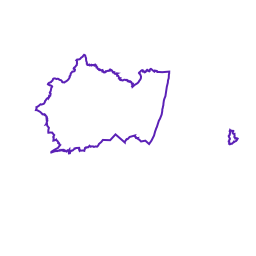 Montecristi, Manabi, Ecuador (Equal Earth projection), rotated 222°
{"feature_id": "8360857B99830619134812", "entity_name": "Montecristi", "entity_type": "district", "adm_level": 2, "iso_a3": "ECU", "parent_name": "Ecuador", "parent_adm1": "Manabi", "projection": "equal_earth", "projection_center": [-80.746, -1.129], "detail": "fine", "context": "isolated", "style": "outline", "palette": "violet", "viewbox_px": 256, "rotation_deg": 222, "n_neighbors": 0, "source": "geoboundaries", "source_scale": "gbopen_adm2", "svg_char_len": 5914}
<svg xmlns="http://www.w3.org/2000/svg" viewBox="0 0 256 256"><g transform="rotate(222 128 128)"><path d="M168.9,58.7L168.6,58.5L166.8,61.8L165.7,63.1L165.3,63.3L165.2,63.7L164.8,63.9L163.9,66.0L163.4,65.7L162.8,66.7L162.5,66.9L162.6,67.4L162.0,68.0L161.8,67.3L160.9,67.7L161.2,68.5L160.9,68.7L160.8,68.4L159.7,69.0L159.5,68.5L158.4,69.4L158.0,69.4L157.9,70.6L158.0,71.0L157.0,71.6L157.1,72.8L156.5,72.2L155.9,70.4L154.9,69.6L154.3,70.4L155.1,71.9L154.8,73.4L154.5,73.5L154.0,74.6L154.0,75.9L153.5,77.3L153.8,77.4L153.1,78.5L151.0,80.6L150.5,80.3L149.9,79.2L148.8,78.7L148.8,79.5L148.0,79.5L146.4,81.2L145.2,81.8L145.7,82.6L145.8,83.2L146.5,84.1L146.6,84.4L146.4,85.3L146.1,85.7L145.6,85.7L145.3,86.6L144.7,87.0L144.6,87.5L144.7,87.8L144.7,89.1L143.2,89.1L142.9,89.8L141.6,91.0L140.7,91.1L139.7,92.7L138.5,93.4L138.4,95.0L138.9,96.7L138.5,99.7L138.7,102.3L133.1,107.0L133.0,114.9L120.7,115.1L121.2,115.7L121.4,118.0L121.6,118.2L121.5,119.0L121.0,119.2L120.8,119.7L120.8,122.4L117.9,127.0L117.7,126.3L117.3,126.2L116.4,126.6L115.4,125.9L115.0,126.0L114.3,126.8L114.3,126.6L112.6,126.6L112.1,126.9L109.3,126.7L106.6,130.2L101.6,130.2L102.1,134.3L103.6,139.8L105.6,143.7L106.1,145.0L106.8,146.6L107.2,148.0L110.0,154.2L110.4,156.2L112.0,160.5L113.8,163.4L115.1,165.0L115.5,166.0L116.4,167.4L117.0,168.6L118.1,170.0L119.9,172.7L120.6,174.2L121.5,176.7L126.8,184.7L128.7,188.3L130.1,190.1L131.1,192.3L133.4,195.1L133.7,195.8L135.1,197.5L139.9,192.4L142.9,190.0L143.7,189.2L143.9,189.2L144.6,189.7L145.4,189.3L145.6,189.2L145.7,188.7L146.4,188.6L146.2,187.5L150.5,187.3L150.7,187.1L150.8,185.8L150.2,185.1L150.0,184.8L150.1,184.3L150.9,184.1L151.5,183.8L152.3,184.2L152.7,184.1L152.8,182.7L152.5,182.2L152.5,181.1L153.0,180.6L153.3,180.7L153.3,180.4L154.3,180.5L154.7,180.3L154.8,180.1L155.3,180.6L155.8,180.4L155.9,180.5L156.1,180.1L156.4,180.0L156.6,178.9L156.5,178.3L156.8,176.6L156.7,176.2L156.0,176.0L155.0,176.1L152.8,175.0L151.8,173.7L151.3,172.3L151.2,170.5L150.9,169.5L150.9,167.7L151.9,164.4L152.2,161.5L152.5,161.7L152.6,162.1L153.0,161.9L153.4,163.2L153.7,163.4L154.0,164.1L154.6,163.6L154.8,164.0L155.4,163.8L156.3,164.3L156.7,164.2L157.2,163.7L157.3,163.8L157.4,164.2L158.0,164.1L158.6,162.9L159.3,162.7L159.5,162.9L159.7,162.6L160.4,163.1L161.1,163.0L161.7,162.1L162.6,161.8L163.2,161.2L163.7,159.8L164.3,159.4L165.3,159.4L165.4,159.2L165.5,158.7L165.9,158.5L166.4,158.5L167.2,158.9L167.5,158.8L167.4,159.7L168.1,159.3L170.1,160.2L170.5,159.9L170.9,160.1L171.1,159.7L172.0,160.5L172.5,160.2L172.9,160.2L173.0,160.4L172.6,161.3L173.3,160.8L173.5,160.1L173.7,159.8L174.0,159.9L174.4,159.5L175.2,159.8L175.8,159.5L175.9,160.1L176.2,159.9L176.6,159.3L178.0,159.9L178.6,159.8L179.0,160.0L179.5,159.7L179.9,159.7L179.8,158.8L180.5,158.8L180.3,158.2L180.4,157.6L181.2,157.1L181.7,156.3L182.0,155.2L182.2,155.6L182.4,155.5L182.2,154.6L183.3,153.2L184.2,153.6L184.4,153.3L184.6,153.3L184.8,152.8L185.7,153.2L185.6,153.7L185.8,153.9L186.3,153.1L187.0,152.8L187.3,152.4L187.7,152.6L188.3,151.8L188.8,151.9L189.0,152.3L190.0,151.7L190.5,151.8L191.3,152.4L191.8,152.1L191.9,152.6L193.2,152.6L193.5,153.1L193.8,152.9L194.0,153.1L194.4,153.0L194.5,152.6L194.9,153.0L195.4,152.3L195.1,152.1L195.2,151.8L195.5,151.7L195.9,151.4L196.0,151.5L196.5,151.1L196.9,150.2L197.4,150.4L197.6,149.8L198.2,149.1L198.4,149.3L199.1,149.4L199.4,149.0L199.4,148.5L199.7,148.4L200.0,147.9L200.4,147.7L201.1,148.1L201.6,148.1L201.9,148.7L202.8,149.4L203.6,149.7L204.5,150.4L205.4,151.2L205.8,151.8L207.2,152.4L208.4,153.3L209.6,153.0L209.6,151.6L209.4,150.6L209.9,148.9L209.8,147.6L209.9,147.0L210.1,146.5L210.9,145.5L211.6,144.9L211.7,143.7L211.1,143.7L210.3,143.2L209.9,142.6L209.1,142.0L208.8,141.2L208.2,140.6L208.3,139.6L208.1,138.5L208.4,136.5L208.1,135.7L207.9,135.6L207.2,136.0L206.6,136.0L206.3,135.7L205.8,134.4L206.3,133.5L207.1,132.7L207.0,131.1L207.1,130.4L206.0,128.6L206.0,127.3L205.4,127.0L205.0,125.7L204.8,124.2L204.9,122.7L205.2,121.2L205.6,120.4L205.7,119.3L206.8,118.6L207.0,118.3L207.6,118.1L208.4,118.6L209.7,118.7L211.3,117.9L212.4,118.0L213.2,117.6L213.9,116.5L215.0,116.2L216.1,115.4L216.5,114.5L215.8,112.6L216.1,111.4L215.9,110.6L216.3,110.0L216.6,109.1L216.9,108.8L217.0,107.5L216.8,106.9L216.5,106.9L214.6,107.4L214.1,107.9L212.3,108.2L212.0,108.0L211.9,106.6L210.2,103.8L209.8,101.9L209.4,101.7L208.9,101.9L208.5,101.8L207.4,100.0L207.7,99.5L208.2,99.2L207.8,98.5L207.3,98.6L207.1,97.4L207.0,96.8L207.4,97.0L207.8,96.4L207.9,94.9L207.7,93.6L207.6,93.3L207.7,92.8L207.6,92.3L207.0,91.4L206.8,89.6L208.0,87.5L208.9,87.1L209.2,84.4L209.9,82.4L209.6,82.4L209.5,81.9L209.3,81.7L208.4,79.7L207.6,80.4L204.1,81.2L202.2,81.2L201.8,81.0L201.0,81.2L200.6,81.0L200.1,81.4L199.4,82.3L199.0,82.2L198.6,82.4L198.4,81.9L197.4,82.1L196.6,82.1L194.5,80.2L194.5,80.8L194.1,80.4L193.9,80.5L193.5,79.7L192.8,79.5L192.2,77.8L191.6,77.0L191.4,75.9L190.9,76.8L190.2,76.1L189.3,75.6L186.9,75.2L185.9,73.3L184.7,71.8L184.0,71.2L182.5,72.9L181.6,73.5L181.2,73.9L180.3,73.6L178.1,73.4L177.6,71.4L177.1,71.4L177.0,71.0L176.4,70.7L175.9,69.8L175.3,69.4L175.0,68.7L174.8,68.9L174.9,69.1L174.6,69.7L173.9,70.4L173.6,71.4L172.8,71.0L171.7,71.1L170.4,70.8L169.8,70.1L169.0,70.6L167.9,69.8L167.7,70.0L167.3,69.8L167.0,69.9L166.9,68.0L166.7,66.4L168.1,62.5L169.0,59.2L168.9,58.7ZM42.1,184.4L41.4,184.1L40.9,184.9L40.4,185.9L40.2,186.0L40.2,186.5L40.0,188.0L40.2,188.6L39.7,188.7L39.6,189.4L39.0,190.6L39.0,191.7L39.4,193.5L39.9,193.4L41.2,191.9L41.4,192.0L41.7,192.6L42.4,192.3L42.9,192.4L43.3,192.9L43.6,193.6L44.8,194.6L45.0,194.9L45.4,194.5L45.9,194.2L47.0,194.4L47.5,195.1L47.6,195.6L47.6,196.1L47.8,196.3L48.6,195.7L49.0,195.2L49.5,194.9L50.0,195.0L50.3,194.5L50.7,194.6L50.3,193.6L49.9,193.5L49.0,192.9L48.5,192.0L48.4,191.5L48.0,191.3L47.7,190.6L47.9,189.9L47.8,189.4L47.1,189.0L45.2,188.3L44.8,187.8L44.7,186.8L44.2,186.1L44.3,185.6L44.0,185.2L43.0,185.2L42.4,184.1L42.1,184.4Z" fill="none" stroke="#5b21b6" stroke-width="2"/></g></svg>